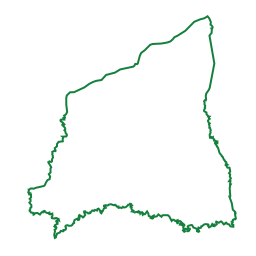 outline of Phu Pha Man, Khon Kaen, Thailand, rotated 357°
{"feature_id": "78962969B79810553491951", "entity_name": "Phu Pha Man", "entity_type": "district", "adm_level": 2, "iso_a3": "THA", "parent_name": "Thailand", "parent_adm1": "Khon Kaen", "projection": "albers", "projection_center": [101.845, 16.731], "detail": "fine", "context": "isolated", "style": "outline", "palette": "green", "viewbox_px": 256, "rotation_deg": 357, "n_neighbors": 0, "source": "geoboundaries", "source_scale": "gbopen_adm2", "svg_char_len": 5915}
<svg xmlns="http://www.w3.org/2000/svg" viewBox="0 0 256 256"><g transform="rotate(357 128 128)"><path d="M213.3,20.6L210.0,22.4L205.7,23.3L199.7,25.4L190.4,33.9L182.0,38.6L179.2,39.7L177.1,42.0L174.8,43.8L171.5,44.7L165.8,45.4L157.0,45.4L154.5,46.1L148.8,51.2L145.1,53.7L143.6,56.5L141.1,64.2L140.4,64.7L138.6,64.4L137.7,66.1L136.5,67.0L123.3,69.1L117.9,72.0L108.9,73.9L104.0,78.7L99.0,79.2L95.8,80.1L92.0,81.7L86.5,85.2L76.0,89.4L72.0,89.3L68.6,92.3L67.9,94.8L67.6,101.5L68.1,108.8L66.7,111.2L64.8,112.3L65.6,114.1L65.2,115.2L64.5,114.6L64.0,114.7L64.6,116.2L61.5,116.1L61.0,116.6L61.2,117.8L63.1,119.1L64.7,121.1L64.3,121.5L62.7,121.1L62.5,121.5L65.0,124.4L65.3,125.9L64.4,126.9L65.2,127.7L65.4,129.6L66.6,131.4L66.5,132.4L65.9,133.2L62.1,133.2L62.9,134.0L62.2,135.5L62.2,137.9L58.0,138.2L56.3,140.2L56.1,142.6L53.8,144.3L54.0,145.9L54.5,146.4L54.3,147.3L53.0,147.0L51.1,147.9L51.3,149.3L50.9,150.2L51.5,151.6L51.3,152.3L51.6,153.4L50.5,155.3L50.3,157.4L49.4,157.9L47.8,157.2L46.6,158.0L49.3,163.2L48.5,164.4L48.3,168.4L46.5,169.9L47.7,172.4L47.0,175.0L44.9,175.8L43.1,178.3L42.1,180.5L41.0,181.5L32.8,182.9L30.7,183.7L28.7,183.3L27.2,183.5L26.1,184.5L25.6,184.4L25.6,186.0L25.0,187.0L25.3,187.6L26.5,187.9L25.7,188.7L25.8,189.2L26.6,189.3L27.4,188.8L27.6,189.1L27.6,192.1L26.1,193.6L26.9,194.3L26.9,195.9L25.6,197.4L27.5,200.0L27.3,202.2L26.4,202.5L26.1,204.0L25.4,204.9L25.5,205.8L26.1,206.0L26.6,207.3L28.9,207.8L29.1,209.6L29.9,209.3L30.5,208.3L33.0,208.1L35.5,209.8L37.3,207.7L38.0,207.4L38.6,207.7L39.0,206.8L40.0,206.4L40.5,206.6L40.4,207.3L42.7,208.6L43.9,208.8L45.1,208.3L45.2,209.1L44.9,209.8L45.7,210.2L47.9,209.5L48.0,211.7L47.1,213.0L47.3,214.0L49.7,214.6L50.5,214.1L51.0,214.5L52.1,214.2L53.0,215.1L53.9,215.1L54.2,216.5L53.4,215.9L53.5,216.5L53.1,217.0L51.8,216.9L51.4,217.4L52.6,218.8L52.1,219.2L52.6,220.0L50.0,221.2L50.0,221.6L50.6,221.5L49.3,222.4L49.7,222.9L50.9,223.0L51.3,223.7L50.7,225.0L49.4,225.7L49.7,227.4L48.7,230.7L49.2,233.9L50.3,233.4L50.3,232.8L49.7,232.0L50.9,231.6L51.5,229.8L54.5,228.8L55.4,227.3L57.7,227.8L58.3,227.4L58.2,226.5L60.3,226.3L60.9,225.0L60.3,222.9L61.1,222.1L62.6,221.9L63.8,222.6L66.4,222.5L67.7,221.5L67.9,220.6L69.3,220.0L69.2,218.6L69.9,217.0L72.2,216.1L73.0,216.4L73.2,217.2L74.4,217.0L74.6,216.2L74.0,215.4L74.9,215.2L75.0,214.6L74.2,213.4L74.9,212.4L77.5,214.0L78.1,214.9L78.8,214.8L80.7,212.7L79.6,209.5L80.0,208.9L80.9,209.0L81.3,210.0L83.3,210.5L83.8,211.3L85.8,211.0L85.8,210.1L87.0,209.7L87.9,208.5L88.7,208.5L89.7,209.1L90.6,208.1L92.8,208.8L93.3,207.3L94.4,207.0L95.4,208.3L96.2,211.1L96.9,211.8L97.4,211.2L96.7,209.6L98.4,209.7L99.7,207.1L101.7,206.5L101.3,205.6L100.0,204.9L100.0,204.3L101.5,203.9L103.6,204.4L104.9,203.5L106.9,203.2L109.6,204.3L111.0,204.0L111.3,204.6L112.1,204.7L112.6,205.8L114.3,205.9L114.1,207.0L114.5,207.3L116.1,207.0L117.5,207.6L118.8,206.4L119.8,207.2L121.5,207.0L123.8,205.3L124.2,204.6L125.7,204.7L126.0,203.8L126.9,203.9L127.4,204.4L127.2,205.3L127.9,205.7L126.4,206.9L127.5,207.8L127.1,208.6L127.7,210.0L128.9,210.8L127.8,211.6L129.4,212.0L130.2,212.7L132.5,212.2L133.7,212.9L134.1,212.4L133.3,212.1L134.1,211.6L135.2,212.2L135.7,214.1L136.4,213.1L137.7,212.8L138.6,213.9L137.9,214.7L138.2,215.5L138.9,214.9L140.4,215.0L142.7,212.3L143.8,214.4L144.1,216.9L145.7,217.6L145.8,219.0L147.5,219.7L148.3,219.4L148.2,218.3L147.5,218.1L147.8,217.4L149.3,216.7L149.4,217.2L148.9,218.2L152.2,217.7L153.8,215.9L156.8,218.4L157.7,217.1L158.6,216.9L163.3,217.2L164.6,218.5L166.7,223.1L168.0,221.9L169.0,222.1L170.3,223.3L172.5,222.7L172.2,223.7L171.6,224.0L172.3,225.7L172.8,225.6L173.1,223.8L175.0,223.6L176.0,224.3L176.5,225.6L176.2,226.0L175.1,226.0L174.7,227.2L175.9,227.3L177.3,228.2L177.4,225.9L179.1,227.5L179.2,228.2L178.6,228.7L177.9,230.5L178.5,231.8L177.5,233.1L178.7,234.6L179.6,234.2L178.9,233.1L179.9,231.6L180.6,231.6L181.7,232.3L182.0,234.2L183.2,234.1L184.5,232.5L184.5,231.8L183.2,231.5L182.8,230.9L182.5,229.4L183.2,228.8L186.2,228.2L187.1,228.5L188.0,230.7L191.7,232.4L191.5,234.7L193.0,235.4L193.7,234.9L192.7,232.6L193.2,231.1L194.3,231.7L195.8,231.3L196.0,230.0L197.0,229.9L198.7,228.4L200.7,228.0L203.2,228.6L203.4,229.1L202.8,229.8L203.7,231.5L205.8,230.5L207.1,228.3L207.7,229.0L208.7,228.9L208.6,229.4L207.7,229.5L207.6,230.0L208.0,230.4L209.1,230.6L211.6,228.8L211.0,226.7L211.3,226.1L213.7,227.4L215.7,226.2L216.5,226.3L218.6,229.3L219.4,229.1L220.4,227.8L221.2,227.7L222.2,229.1L223.9,229.5L225.1,231.6L228.0,232.1L228.1,230.2L226.9,229.7L226.6,229.2L227.7,227.6L227.6,226.9L227.0,226.8L228.0,225.9L228.0,225.2L229.6,224.5L230.3,224.8L231.0,224.0L230.4,220.2L230.4,218.9L230.9,218.9L230.8,217.6L228.4,215.0L227.7,208.5L225.7,201.9L226.3,202.0L226.6,201.3L226.4,193.7L227.0,190.6L227.7,189.6L227.0,189.4L227.5,186.4L226.2,186.4L228.1,183.6L227.1,181.9L227.6,179.6L226.5,178.4L227.8,176.8L227.3,173.0L225.3,172.8L224.6,171.7L224.6,170.9L223.5,170.1L223.6,169.7L224.4,170.0L225.3,169.8L224.2,168.9L224.5,168.3L224.3,167.2L223.2,166.5L222.9,165.3L222.1,164.7L221.1,161.8L220.2,161.2L220.1,160.4L218.1,157.7L216.8,152.2L215.8,151.2L215.7,150.1L215.1,149.5L215.2,148.8L214.1,148.1L214.1,147.5L215.7,146.9L216.5,147.4L216.6,146.2L215.2,146.2L215.3,145.7L214.6,145.2L213.5,145.3L213.1,144.2L213.3,143.7L212.2,142.6L212.3,141.5L210.9,142.0L210.8,141.4L210.2,141.2L209.8,141.5L210.0,142.1L209.3,142.0L209.2,138.9L210.2,137.2L210.1,135.3L210.5,134.7L209.9,132.2L209.2,132.0L209.5,130.1L209.0,128.6L209.9,127.7L208.9,126.9L208.2,125.1L209.2,123.5L210.0,123.1L209.4,122.4L209.3,121.5L209.9,120.9L208.5,120.7L208.6,120.2L207.1,118.3L207.2,116.6L205.0,115.3L204.9,114.0L206.1,112.0L205.7,111.2L206.3,110.0L205.6,108.4L205.8,106.2L205.4,105.3L206.1,104.3L207.2,104.4L207.5,103.3L207.3,100.3L207.9,97.8L211.0,93.7L211.8,91.7L217.6,68.1L214.2,40.0L216.5,37.3L216.9,33.4L216.6,33.0L217.4,32.9L217.8,31.5L216.8,29.9L215.8,29.1L216.3,26.6L214.9,22.8L213.3,20.6Z" fill="none" stroke="#15803d" stroke-width="2"/></g></svg>